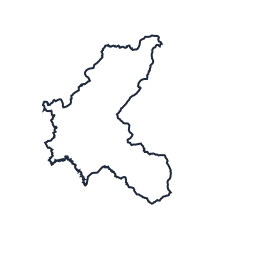 Chawang, Nakhon Si Thammarat, Thailand, rotated 50°
{"feature_id": "78962969B73992602803930", "entity_name": "Chawang", "entity_type": "district", "adm_level": 2, "iso_a3": "THA", "parent_name": "Thailand", "parent_adm1": "Nakhon Si Thammarat", "projection": "albers", "projection_center": [99.536, 8.499], "detail": "fine", "context": "isolated", "style": "outline", "palette": "slate", "viewbox_px": 256, "rotation_deg": 50, "n_neighbors": 0, "source": "geoboundaries", "source_scale": "gbopen_adm2", "svg_char_len": 5843}
<svg xmlns="http://www.w3.org/2000/svg" viewBox="0 0 256 256"><g transform="rotate(50 128 128)"><path d="M202.0,151.9L203.2,151.3L204.0,150.4L203.3,148.2L203.5,146.8L203.1,145.5L203.7,144.1L204.2,143.6L204.5,141.9L205.1,141.4L205.5,140.4L205.6,139.6L204.6,138.3L204.9,136.7L200.7,136.6L198.3,135.3L196.9,133.7L195.2,132.8L193.9,131.3L193.7,128.5L193.1,127.3L189.8,123.8L188.5,123.5L188.0,122.5L183.3,121.1L179.7,120.6L179.2,120.2L178.8,118.9L177.2,118.3L174.6,118.2L173.3,117.4L172.2,117.6L169.2,121.1L168.7,122.2L167.1,122.7L166.2,124.0L164.8,124.4L163.6,125.2L163.3,126.0L162.2,127.2L162.3,128.2L160.6,128.7L158.8,128.5L157.2,130.6L156.9,130.6L156.6,130.1L155.5,130.5L154.7,128.9L153.9,129.2L153.4,128.8L151.2,128.1L150.1,128.4L148.2,128.1L145.5,133.0L144.0,134.6L143.4,136.2L142.3,136.3L140.9,135.8L138.9,137.3L136.7,135.8L137.3,132.8L136.7,129.9L136.0,128.8L133.9,128.9L132.5,129.4L130.1,128.7L126.8,125.2L124.8,125.1L123.2,126.4L122.7,127.4L121.3,128.3L119.9,128.2L117.3,128.8L115.6,128.6L114.3,129.4L113.2,129.1L112.3,128.2L110.5,127.8L110.3,127.3L110.4,125.2L109.8,123.7L110.0,122.9L108.6,120.7L108.9,119.8L108.1,113.4L107.4,111.6L107.1,108.9L106.1,106.7L106.3,103.5L106.9,102.2L106.9,99.8L107.1,99.3L106.6,97.7L106.4,95.1L105.8,94.6L105.7,93.0L105.2,92.6L104.8,92.6L103.5,93.5L102.3,93.4L101.8,92.3L100.6,91.4L99.9,88.9L99.8,86.7L100.9,84.0L102.7,82.0L101.4,80.4L99.9,79.5L99.7,77.8L98.2,76.0L98.3,75.3L97.6,74.7L97.7,74.0L96.9,73.5L95.8,71.5L94.5,70.7L94.2,67.3L93.6,66.3L92.4,65.4L90.1,64.8L87.7,63.2L86.6,62.3L85.9,60.9L83.7,59.1L83.0,56.8L83.7,55.2L82.9,53.5L82.8,52.6L83.6,51.7L85.9,51.2L84.7,49.3L84.7,48.6L85.1,48.1L83.1,47.8L81.8,48.6L81.1,48.6L79.3,47.7L78.6,46.2L77.3,46.0L75.9,46.7L75.3,47.7L72.4,50.4L72.2,52.2L71.0,54.2L69.2,56.2L69.8,58.4L69.1,60.2L68.9,62.1L69.2,62.9L71.7,65.6L72.7,67.4L73.5,69.6L73.2,71.3L72.4,72.0L71.2,74.3L70.2,74.3L69.5,73.9L69.2,74.6L67.8,74.6L65.8,73.9L65.3,74.6L64.6,76.5L65.4,77.0L64.7,78.8L62.9,79.4L62.1,80.2L61.4,81.8L61.6,82.0L61.3,82.7L60.7,82.7L59.9,82.2L58.7,82.4L58.3,84.6L57.3,85.0L57.2,85.7L55.8,85.9L55.0,87.4L54.9,88.5L54.2,89.3L53.5,89.3L53.6,89.8L52.5,90.3L51.7,90.0L51.7,90.8L51.0,91.3L50.4,92.7L51.1,93.7L51.4,96.6L52.3,97.0L52.3,98.3L52.7,98.9L52.6,99.3L54.7,99.8L55.5,100.4L55.8,101.4L56.5,101.4L56.7,101.9L57.4,102.2L58.3,109.3L58.0,113.3L59.8,115.8L58.6,118.1L57.8,119.1L57.1,121.7L57.1,122.9L57.6,124.8L58.5,126.0L60.6,126.7L61.8,126.7L63.2,126.1L65.4,126.2L65.8,126.6L67.3,126.8L67.3,127.6L66.6,129.1L66.8,130.1L66.6,133.1L65.8,133.6L65.4,135.1L65.6,135.6L64.9,135.5L64.8,136.4L65.5,137.0L65.0,137.9L65.2,138.8L65.0,139.5L67.5,141.4L66.7,146.2L66.7,148.2L67.1,149.3L66.8,150.6L67.8,151.4L68.9,151.9L69.4,152.6L69.1,153.4L71.5,155.0L72.5,156.5L72.2,160.6L71.3,163.2L70.7,164.2L69.8,164.1L67.4,162.2L64.2,161.2L63.3,161.0L62.2,161.7L61.5,163.3L61.0,166.2L59.2,166.5L59.0,167.4L59.8,168.6L60.0,169.9L59.6,170.6L60.0,173.2L59.4,173.8L59.1,174.5L57.7,174.0L57.7,173.5L56.3,173.2L55.0,174.1L54.0,175.3L55.8,178.5L56.9,178.1L57.7,178.2L59.3,179.3L60.2,180.8L60.3,179.3L60.9,179.0L62.1,179.4L63.0,179.1L64.7,177.1L65.3,175.7L66.1,175.8L68.4,177.5L69.9,177.9L70.3,177.6L70.5,176.3L70.9,176.2L71.3,176.8L71.8,179.0L72.7,179.8L72.4,181.4L72.8,182.1L75.5,182.4L77.2,183.4L79.8,183.8L80.8,182.3L81.7,182.4L82.0,183.0L81.5,184.3L82.0,185.3L82.9,185.9L84.3,185.9L83.7,188.3L86.8,189.2L86.8,190.1L87.8,190.4L87.6,193.0L88.1,194.8L87.4,196.5L86.4,197.7L86.7,198.6L86.0,200.9L89.1,201.5L89.6,201.8L91.9,202.0L92.4,200.8L96.0,199.9L96.1,201.5L96.9,201.9L98.7,202.0L98.7,202.6L99.4,203.2L100.9,203.4L101.1,204.8L100.8,207.0L101.6,207.1L101.7,209.3L102.9,209.1L103.3,208.8L104.8,208.8L105.4,209.4L107.1,210.0L107.3,208.6L106.8,208.1L106.5,208.3L107.3,206.0L107.1,205.6L106.6,205.6L106.4,205.0L106.6,204.9L106.0,204.3L106.9,204.1L106.9,203.8L107.3,203.8L107.4,203.2L107.7,203.3L108.1,202.5L108.5,202.5L108.6,201.9L108.2,201.9L108.2,201.6L108.8,201.5L107.9,200.4L108.6,200.7L109.0,200.5L109.6,200.9L109.7,199.9L109.1,199.7L109.4,199.1L110.0,199.3L110.3,199.1L110.3,199.5L111.2,199.0L111.8,197.4L110.7,197.2L111.3,196.6L111.3,195.7L111.7,195.0L111.0,194.6L110.8,195.0L109.7,194.6L109.5,194.1L110.2,193.4L110.9,193.8L111.1,192.9L111.4,193.1L111.9,192.9L112.2,193.8L112.6,193.6L113.6,194.3L114.6,192.9L115.3,193.4L115.3,192.1L116.5,192.9L117.6,193.2L117.6,192.1L117.9,192.0L118.4,193.2L119.4,192.9L119.8,193.4L120.6,192.7L121.6,193.1L121.1,192.6L122.2,191.9L122.8,192.5L123.1,192.3L123.6,193.4L124.4,194.0L125.0,193.9L125.7,194.2L126.6,193.8L127.3,194.2L127.5,193.9L128.3,194.0L128.3,193.8L128.0,193.8L128.2,193.5L129.1,193.6L129.2,192.8L129.8,193.6L129.8,192.8L132.0,192.4L133.1,193.0L133.3,194.0L134.1,193.6L135.1,193.7L135.1,194.7L135.8,193.9L136.4,194.1L137.1,193.7L137.7,194.6L138.2,194.4L138.3,195.1L139.3,194.6L138.8,195.6L139.7,195.7L140.3,196.6L140.7,196.6L140.8,197.3L141.5,196.9L142.0,197.2L142.5,196.9L142.6,197.4L143.1,197.7L144.3,197.8L144.7,197.4L144.2,195.4L139.6,190.0L139.4,184.8L140.1,183.4L142.0,180.9L142.5,179.9L141.5,173.2L141.8,172.9L141.7,172.1L142.2,170.5L143.0,171.0L143.3,170.5L143.6,170.6L144.2,169.2L144.6,169.3L145.0,168.2L145.6,168.7L146.4,168.3L147.1,168.4L147.4,168.7L147.9,168.2L148.8,168.1L149.8,168.5L150.2,167.7L151.6,168.3L152.0,167.8L152.0,167.3L152.9,167.1L153.3,167.4L155.3,167.4L155.8,168.0L156.4,168.2L156.6,168.8L157.3,168.6L157.8,168.0L158.5,168.1L158.8,167.5L162.4,165.8L162.2,164.6L162.9,162.8L163.5,162.0L164.1,161.8L165.2,162.0L165.6,162.5L166.8,163.0L168.4,164.6L169.7,164.1L170.2,165.3L171.5,164.7L173.8,165.4L174.6,164.9L174.9,164.1L177.4,162.5L179.0,162.7L180.2,163.6L184.5,163.9L186.0,162.4L187.6,162.0L189.6,161.1L190.5,161.3L191.1,160.5L192.4,160.1L193.1,159.2L193.9,159.1L194.2,158.6L196.8,159.4L197.5,159.2L197.7,159.5L201.3,158.4L201.7,157.3L201.6,155.6L202.0,155.2L202.0,151.9Z" fill="none" stroke="#1e293b" stroke-width="2"/></g></svg>